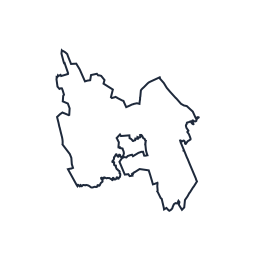 the district of Viļānu pag., Vilanu, Latvia, rotated 71°
{"feature_id": "27541924B60521943034244", "entity_name": "Viļānu pag.", "entity_type": "district", "adm_level": 2, "iso_a3": "LVA", "parent_name": "Latvia", "parent_adm1": "Vilanu", "projection": "equal_earth", "projection_center": [26.923, 56.553], "detail": "fine", "context": "isolated", "style": "outline", "palette": "slate", "viewbox_px": 256, "rotation_deg": 71, "n_neighbors": 0, "source": "geoboundaries", "source_scale": "gbopen_adm2", "svg_char_len": 5841}
<svg xmlns="http://www.w3.org/2000/svg" viewBox="0 0 256 256"><g transform="rotate(71 128 128)"><path d="M150.8,149.9L149.6,148.7L149.0,147.9L149.1,147.5L150.7,147.3L151.6,147.0L152.0,146.6L151.9,146.3L151.1,145.8L150.4,145.1L150.5,144.7L150.8,144.4L151.2,144.3L152.3,144.4L152.9,144.3L153.6,142.9L152.4,141.3L150.6,140.1L148.7,139.8L147.0,139.9L146.5,140.0L145.7,139.8L145.2,140.4L144.4,142.1L143.5,142.0L143.3,143.3L143.0,143.3L138.5,141.3L136.1,141.7L135.8,141.6L133.8,142.0L131.5,137.7L133.3,137.3L135.4,129.1L138.2,129.8L138.8,129.1L139.5,128.6L140.5,128.1L141.5,127.8L141.9,127.6L142.0,127.4L141.9,126.6L141.7,126.0L141.9,125.4L141.9,125.2L141.6,125.0L140.7,124.7L140.4,124.5L140.8,123.9L140.9,123.6L140.8,123.2L141.2,122.6L140.2,122.4L139.7,122.1L140.3,121.7L140.9,121.6L141.0,121.5L140.8,121.1L140.4,120.8L140.6,120.5L140.6,120.2L140.8,119.8L140.6,119.3L140.4,119.3L140.2,118.9L139.4,118.7L139.7,118.9L139.7,119.0L138.6,118.9L138.6,118.6L138.8,117.9L139.0,117.6L140.4,117.1L142.6,116.9L143.6,115.9L144.1,115.8L144.7,115.8L145.1,115.8L145.6,115.6L145.9,115.3L146.7,115.9L146.9,116.0L146.7,115.7L147.7,116.3L149.6,117.0L151.2,117.4L154.6,118.2L156.1,118.4L157.8,118.5L160.1,118.5L159.9,119.4L160.0,119.9L159.7,120.9L159.4,121.7L155.5,121.5L155.5,121.8L155.3,121.8L155.0,122.7L154.9,123.0L154.9,126.2L155.8,130.3L155.8,130.5L156.1,131.6L156.3,132.5L154.6,132.9L154.4,134.7L154.4,137.4L155.3,139.1L153.9,141.8L154.5,142.6L154.4,143.1L154.9,144.0L157.2,147.1L171.0,146.2L171.8,142.7L174.0,142.1L174.5,139.3L173.0,139.2L173.1,138.5L172.5,138.5L172.2,136.9L171.8,136.4L171.9,135.8L170.6,130.4L173.7,124.3L174.8,122.2L179.1,122.3L186.4,122.6L189.4,122.8L189.5,121.4L189.4,118.0L189.6,118.0L192.7,119.3L196.7,120.3L197.5,121.0L197.8,120.8L198.3,120.7L204.9,119.9L205.9,119.2L214.9,120.1L216.7,120.4L216.1,117.7L218.8,116.5L219.7,115.9L219.4,114.2L218.5,112.4L216.9,111.2L215.0,109.4L214.5,107.6L215.4,106.0L215.4,105.8L215.2,105.8L213.3,104.0L214.8,103.5L216.9,104.8L217.6,104.8L222.9,103.6L221.4,100.7L214.7,97.6L214.2,97.0L212.1,94.1L209.3,91.0L209.2,90.8L209.2,90.6L205.3,85.8L204.8,84.9L201.0,80.2L198.8,80.4L198.1,80.3L182.0,81.4L176.5,81.7L175.2,81.9L169.1,82.2L167.8,82.5L167.7,82.6L167.6,82.3L159.7,82.8L159.4,82.9L156.8,82.8L156.8,82.5L156.9,82.3L158.0,81.6L158.2,81.4L158.3,81.0L158.0,80.1L158.0,79.7L158.0,79.4L158.2,79.2L158.8,78.9L159.4,78.8L159.9,78.8L161.2,79.1L161.6,79.0L161.8,78.8L161.8,78.4L161.7,78.3L160.9,77.3L160.1,76.1L159.9,75.7L159.5,73.8L159.2,72.7L158.8,72.4L158.2,72.3L156.8,72.3L154.0,72.4L152.9,72.6L151.3,73.2L150.9,73.1L150.7,72.8L150.5,72.1L150.3,71.8L149.7,71.9L146.9,72.7L145.5,72.6L144.7,72.5L144.1,72.2L143.6,71.4L142.6,70.9L142.2,70.5L142.1,70.3L142.3,68.7L142.1,67.3L142.1,66.7L142.4,66.5L143.3,66.4L144.7,65.9L145.4,65.4L145.7,65.1L145.7,64.9L145.1,64.8L142.6,65.1L142.2,65.1L142.0,64.9L141.9,64.5L141.9,64.2L142.2,64.0L143.0,63.4L143.5,62.8L143.7,62.1L143.6,61.4L143.4,61.0L142.5,60.7L141.7,59.6L141.3,58.6L141.1,57.8L140.8,57.8L140.4,58.8L140.9,60.6L140.0,60.8L133.6,61.4L126.4,65.3L124.9,67.8L122.4,70.0L115.5,72.8L115.4,73.0L107.5,76.4L102.6,78.3L97.1,79.5L91.5,81.8L91.0,81.5L90.4,81.5L91.4,91.5L91.7,93.6L91.9,94.1L92.3,95.1L94.5,99.5L95.4,101.6L96.1,102.9L96.7,103.6L102.5,106.2L103.0,106.6L104.7,107.2L106.7,108.3L108.9,109.3L107.5,111.5L107.1,114.9L107.2,115.4L107.1,116.2L107.1,116.8L107.4,119.1L107.7,122.9L102.4,123.4L101.1,123.4L100.6,123.8L100.4,124.2L100.0,124.6L96.0,128.4L95.6,128.6L94.5,129.7L94.6,130.6L94.4,133.5L93.3,134.1L86.7,129.8L78.1,136.7L75.0,134.6L70.0,136.4L69.0,137.8L68.5,139.1L66.6,139.8L65.9,145.7L70.5,148.2L70.0,150.9L69.9,153.5L56.8,154.6L50.3,156.0L48.9,161.0L40.4,161.4L38.3,161.4L36.0,162.7L34.4,164.0L33.3,165.2L33.1,165.3L36.0,166.7L44.3,167.3L45.9,167.3L45.9,166.8L56.6,166.8L56.8,167.2L57.4,167.3L57.1,174.3L55.8,174.5L56.2,176.7L55.4,177.1L56.6,178.0L57.0,178.4L57.0,178.6L56.7,178.9L58.1,179.4L58.4,179.7L65.9,181.2L68.7,180.1L68.6,178.5L69.0,177.6L71.4,177.5L75.7,177.7L76.5,178.8L81.6,181.0L85.3,176.9L90.4,176.8L96.5,179.3L96.6,179.8L93.1,183.7L93.1,183.8L92.0,184.9L92.8,187.7L94.5,191.5L100.4,192.0L104.5,192.5L105.5,192.5L110.7,193.0L115.5,193.4L117.4,193.7L119.2,194.1L121.8,195.0L122.2,195.3L133.7,191.5L137.8,191.3L143.9,192.9L147.8,193.0L147.9,194.6L147.5,196.9L147.4,198.2L164.7,195.2L166.3,194.8L165.5,194.1L165.4,193.8L165.8,193.4L167.0,193.0L167.5,192.7L167.5,192.2L166.6,191.5L166.5,191.4L166.7,191.2L167.8,191.0L168.0,190.8L168.0,190.6L167.4,189.3L167.3,189.0L167.5,188.3L168.3,187.1L168.2,186.2L168.4,185.9L168.7,185.3L169.4,184.3L170.5,183.3L171.7,182.6L172.2,182.1L172.5,181.5L172.7,180.7L172.7,178.9L172.8,178.4L173.4,177.5L173.5,176.9L173.4,176.1L172.5,175.7L172.2,175.4L172.2,175.2L172.3,174.8L173.2,174.1L173.2,173.8L172.8,173.2L171.5,172.0L171.2,171.6L170.4,169.6L169.8,169.3L169.1,169.2L168.4,169.3L167.4,169.8L166.9,169.8L166.5,169.7L166.4,169.3L166.6,168.8L167.8,167.9L167.9,167.7L167.8,167.3L167.0,166.9L167.0,166.7L167.1,166.3L168.3,165.0L168.6,164.6L168.6,164.4L168.6,163.7L169.3,161.9L169.6,161.6L170.4,161.1L170.9,160.5L172.2,159.8L172.2,159.5L172.1,159.4L170.7,159.0L170.5,158.8L170.3,158.5L170.4,158.1L170.6,158.0L172.3,157.4L172.5,156.9L172.4,156.1L171.9,155.5L171.1,154.9L171.0,154.6L171.1,154.4L171.4,154.1L171.7,154.0L172.7,153.9L172.8,153.6L172.8,153.4L172.5,153.2L172.0,152.5L171.8,151.8L171.6,151.6L170.4,150.8L169.1,150.3L168.6,150.3L168.1,150.7L167.7,150.7L166.8,150.2L166.4,150.1L165.7,150.3L165.1,151.0L163.7,151.4L163.4,151.9L162.9,152.1L161.0,152.2L160.7,152.1L160.0,151.8L159.6,151.7L159.3,152.2L159.1,152.7L158.7,153.0L158.2,153.1L157.9,153.0L156.8,152.7L156.4,152.4L156.1,152.3L155.9,152.3L155.7,152.4L155.4,152.8L155.3,153.6L155.1,153.8L154.6,153.7L154.3,153.5L153.8,152.6L153.2,151.8L152.6,151.3L151.4,150.9L151.2,150.7L150.8,150.2L150.8,149.9Z" fill="none" stroke="#1e293b" stroke-width="2"/></g></svg>